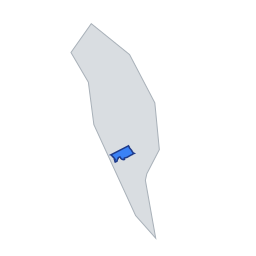 location of Ngellau, Ngiwal, Palau, rotated 147°
{"feature_id": "81905179B11216366066462", "entity_name": "Ngellau", "entity_type": "district", "adm_level": 2, "iso_a3": "PLW", "parent_name": "Palau", "parent_adm1": "Ngiwal", "projection": "robinson", "projection_center": [134.631, 7.567], "detail": "fine", "context": "in_parent", "style": "filled", "palette": "blue", "viewbox_px": 256, "rotation_deg": 147, "n_neighbors": 0, "source": "geoboundaries", "source_scale": "gbopen_adm2", "svg_char_len": 1390}
<svg xmlns="http://www.w3.org/2000/svg" viewBox="0 0 256 256"><g transform="rotate(147 128 128)"><path d="M134.7,222.4L102.0,235.5L86.7,188.7L91.8,134.5L113.5,92.8L137.1,79.4L141.9,74.7L164.8,20.5L169.3,50.4L154.8,149.4L136.3,188.0L134.7,222.4Z" fill="#d9dde1" stroke="#a8b0b8" stroke-width="1"/><path d="M136.6,103.3L137.3,104.5L137.2,105.4L137.4,105.9L137.4,106.3L137.1,107.0L137.2,107.5L137.6,110.7L137.3,111.3L137.4,111.6L137.3,112.0L137.4,112.4L137.3,112.8L156.8,114.8L156.7,114.7L156.8,114.3L156.7,114.2L156.7,113.9L156.6,113.7L156.6,113.4L156.6,113.2L156.5,112.8L156.4,112.7L156.4,112.4L156.4,112.2L156.3,111.9L156.3,111.7L156.2,111.6L156.3,111.5L156.3,111.4L156.2,111.3L156.2,111.2L156.1,110.9L156.1,110.7L156.0,110.3L156.0,110.2L156.0,109.9L155.9,109.6L156.0,109.5L156.0,109.4L156.0,109.2L156.1,109.3L156.3,109.4L156.4,109.2L156.5,109.2L156.6,108.9L156.6,108.7L156.7,108.4L156.6,108.2L156.7,107.9L156.8,107.8L156.7,107.7L156.8,107.6L156.9,107.4L157.0,107.3L157.0,107.2L157.2,106.9L157.2,106.7L157.3,106.6L157.3,106.4L155.4,106.1L154.3,107.1L153.5,107.6L152.9,107.7L152.7,108.2L152.2,108.4L151.0,108.3L150.5,108.1L150.4,107.9L150.5,106.9L150.5,106.2L150.1,105.1L149.2,104.0L148.4,103.6L148.0,103.6L147.9,104.1L147.7,104.7L147.4,104.8L146.5,104.5L144.7,103.9L142.5,103.8L139.6,103.6L138.6,103.4L138.1,103.6L136.6,103.3Z" fill="#3b82f6" stroke="#1e3a8a" stroke-width="1.5"/></g></svg>